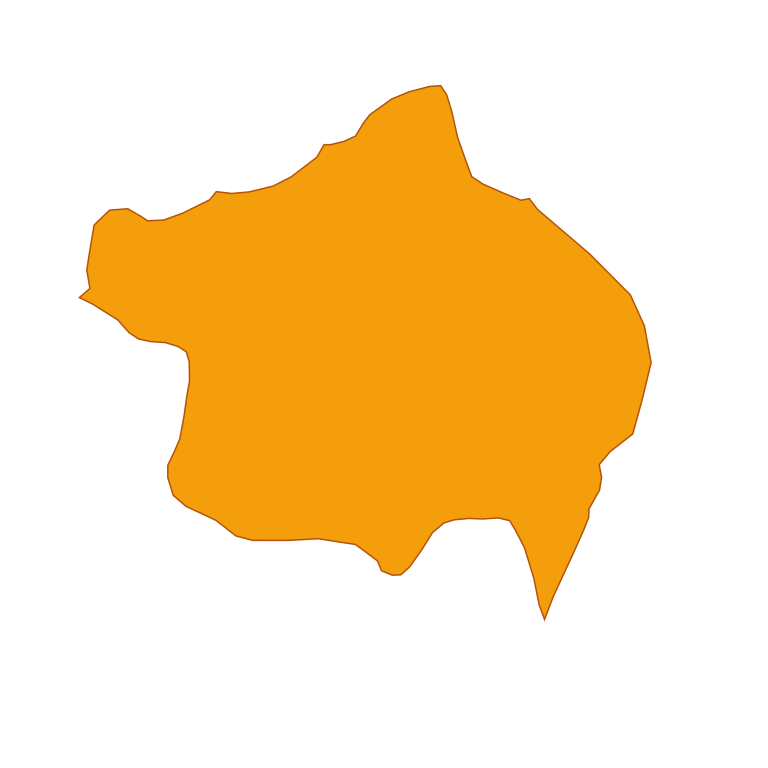 map outline of Demir Kapija (Robinson projection), rotated 253°
{"feature_id": "MKD-2927", "entity_name": "Demir Kapija", "entity_type": "Statistical Region", "adm_level": 1, "iso_a3": "MKD", "parent_name": "North Macedonia", "parent_adm1": "", "projection": "robinson", "projection_center": [22.23, 41.383], "detail": "fine", "context": "isolated", "style": "filled", "palette": "amber", "viewbox_px": 768, "rotation_deg": 253, "n_neighbors": 0, "source": "natural_earth", "source_scale": "10m", "svg_char_len": 1371}
<svg xmlns="http://www.w3.org/2000/svg" viewBox="0 0 768 768"><g transform="rotate(253 384 384)"><path d="M462.3,204.3L472.7,204.3L480.1,198.0L487.5,187.1L492.7,173.5L498.7,162.6L507.5,155.3L523.2,148.1L545.3,129.0L555.7,118.0L561.4,130.7L580.0,133.1L604.3,145.0L620.8,153.3L630.5,172.4L626.5,190.2L614.9,201.0L609.2,205.6L605.2,221.2L606.2,241.3L611.1,271.1L617.0,279.9L610.7,294.1L607.1,311.4L605.7,336.0L609.3,356.0L620.5,386.1L630.4,396.6L628.5,402.7L627.7,416.5L629.4,429.2L639.7,440.8L645.7,449.2L654.3,474.7L656.1,493.7L655.2,514.8L652.7,525.4L642.3,528.5L625.0,528.5L598.3,526.5L574.0,527.5L556.7,528.5L546.3,537.0L531.7,553.9L519.7,568.7L518.8,577.2L506.1,581.8L448.2,618.7L397.0,645.7L363.4,650.0L326.3,645.7L292.7,625.8L263.5,607.3L253.2,580.4L243.9,566.2L231.2,564.8L219.5,559.1L211.5,550.6L204.5,543.5L196.3,540.6L185.9,532.2L166.1,515.0L131.8,484.2L111.9,468.7L115.3,468.5L127.4,467.8L154.9,470.5L186.2,470.5L206.0,466.9L216.6,464.2L222.5,454.2L226.1,438.8L230.6,426.0L233.6,411.5L233.6,400.6L227.7,386.9L214.3,371.5L201.7,355.2L196.6,344.3L198.7,336.1L206.1,327.0L216.7,326.1L229.2,317.0L238.9,309.8L246.3,294.3L255.2,276.1L262.6,246.1L272.9,212.6L282.0,198.0L302.8,183.4L324.9,158.9L339.1,149.9L357.7,149.9L369.5,153.5L381.4,164.4L391.1,172.6L411.8,183.4L429.6,191.7L443.7,198.9L462.3,204.3Z" fill="#f59e0b" stroke="#b45309" stroke-width="1.5"/></g></svg>